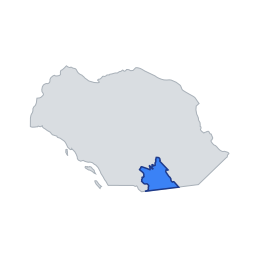 Arusha highlighted on a map of United Republic of Tanzania, rotated 136°
{"feature_id": "TZA-3391", "entity_name": "Arusha", "entity_type": "Region", "adm_level": 1, "iso_a3": "TZA", "parent_name": "United Republic of Tanzania", "parent_adm1": "", "projection": "equal_earth", "projection_center": [35.974, -2.918], "detail": "fine", "context": "in_parent", "style": "filled", "palette": "blue", "viewbox_px": 256, "rotation_deg": 136, "n_neighbors": 0, "source": "natural_earth", "source_scale": "10m", "svg_char_len": 5159}
<svg xmlns="http://www.w3.org/2000/svg" viewBox="0 0 256 256"><g transform="rotate(136 128 128)"><path d="M103.8,179.3L101.7,177.9L99.9,177.0L98.4,176.0L97.7,175.1L96.3,174.7L95.1,174.6L94.0,173.7L91.6,173.4L91.4,172.8L91.3,171.5L90.9,171.2L90.1,170.9L89.2,170.9L88.6,171.1L88.3,171.0L87.5,170.2L86.8,169.2L86.5,167.7L85.5,166.7L84.3,165.9L80.9,166.0L80.3,165.8L79.5,165.0L78.6,163.7L77.8,162.2L77.1,160.2L76.4,157.5L72.4,146.8L72.0,144.7L71.3,142.5L70.0,139.7L68.7,137.6L66.9,135.7L64.8,133.9L63.7,132.6L61.6,127.5L61.2,125.2L60.8,122.7L60.9,121.7L62.2,118.5L62.4,117.6L62.2,116.4L61.6,113.9L60.7,110.8L59.0,105.2L58.8,103.8L58.8,102.8L59.8,97.1L59.8,96.3L63.7,96.4L66.5,93.9L69.0,90.2L69.5,88.6L70.5,86.2L71.5,85.0L71.9,84.2L72.5,81.8L73.8,80.2L75.0,79.0L74.8,78.1L75.0,77.8L75.7,77.1L77.0,76.6L77.3,75.3L77.3,73.9L77.0,73.1L77.1,72.2L76.9,71.7L76.0,71.6L74.7,70.9L73.6,70.6L72.8,70.1L72.5,69.8L72.4,69.0L73.0,66.8L72.4,65.9L73.8,62.3L74.0,61.9L74.5,61.8L75.3,61.4L76.0,61.2L76.6,61.4L77.1,61.2L77.5,60.8L77.8,59.6L78.0,57.5L77.9,55.9L77.3,54.6L77.2,52.6L77.4,50.0L77.2,47.8L76.6,46.0L76.0,45.0L75.0,44.5L73.4,41.8L73.0,40.5L73.0,39.7L73.6,39.4L74.6,39.5L75.5,39.2L76.4,38.5L77.2,38.2L77.6,38.4L116.7,38.4L162.5,72.7L162.6,73.1L163.0,76.1L162.9,77.1L162.2,78.8L162.0,79.7L162.0,80.3L162.2,80.5L162.8,80.6L163.3,81.0L163.5,81.3L163.9,82.6L164.4,83.3L181.7,100.1L182.1,100.4L181.8,101.8L180.9,105.2L180.8,106.6L180.4,108.3L180.0,109.4L179.0,114.2L178.2,116.0L177.0,120.2L176.9,123.5L177.5,125.7L177.7,127.8L179.0,129.9L180.1,130.7L180.8,131.6L182.1,133.8L182.8,135.9L185.1,137.0L186.0,139.4L185.7,141.1L184.6,142.5L183.6,144.8L182.8,147.7L182.8,152.2L183.3,151.5L184.5,152.6L184.7,156.0L183.4,159.8L183.0,161.6L183.0,163.2L183.9,167.8L185.2,170.2L185.1,170.9L184.8,171.5L187.1,175.7L186.9,179.3L187.8,182.1L188.2,184.6L188.7,186.5L188.8,187.8L188.1,189.2L189.8,189.5L190.8,190.7L191.3,191.8L192.5,191.8L193.2,192.6L194.2,193.2L196.3,195.1L196.9,196.0L197.2,196.9L191.3,202.9L189.2,204.4L187.7,205.1L186.0,205.5L184.5,206.4L183.0,207.9L181.2,208.6L178.9,208.6L176.5,209.7L172.8,212.7L170.6,211.0L168.9,210.5L166.9,210.5L165.7,210.7L165.3,211.1L164.9,212.1L164.6,213.9L163.3,215.5L161.0,217.1L158.9,217.7L157.0,217.3L155.7,216.6L155.0,215.7L154.0,215.3L152.7,215.3L151.5,216.0L150.3,217.2L148.4,217.8L145.7,217.6L144.3,217.0L144.1,216.0L143.0,214.8L140.9,213.4L139.3,213.4L138.3,214.7L137.4,215.5L136.6,215.9L135.8,215.9L134.8,215.5L131.9,215.4L129.1,215.5L128.8,213.6L128.2,212.4L127.7,211.7L126.8,211.5L126.5,211.0L126.2,209.8L125.7,208.8L125.1,208.0L124.7,207.2L124.6,206.5L124.7,205.7L125.3,203.7L125.5,202.4L125.4,201.0L125.1,199.6L124.4,197.9L124.5,197.4L124.3,196.3L124.2,195.5L124.4,194.5L124.2,193.2L123.7,190.4L123.7,189.7L123.1,188.3L121.2,185.1L121.1,184.7L118.3,181.5L117.1,180.8L116.7,181.4L116.5,181.9L116.7,183.0L116.6,183.5L115.8,183.7L115.4,183.6L114.3,182.7L113.4,182.5L111.3,182.6L110.6,182.8L110.0,182.6L108.9,181.2L107.6,180.8L106.4,180.8L104.4,179.1L103.8,179.3ZM185.5,125.2L186.4,128.8L186.3,129.4L185.6,129.9L185.3,129.9L184.8,129.3L184.6,128.1L184.0,128.4L183.2,127.0L182.3,126.9L181.6,125.2L181.9,123.7L181.7,121.1L182.6,119.8L183.1,117.6L183.7,119.1L183.9,121.5L184.7,124.2L185.5,125.2ZM190.1,103.9L190.2,104.8L190.0,105.6L190.0,108.1L189.9,109.8L189.2,112.1L188.6,113.0L188.1,112.7L187.7,112.3L187.4,111.7L188.0,107.4L187.7,104.3L189.0,104.6L190.1,103.9ZM188.1,155.4L187.4,155.6L187.1,155.4L186.7,154.7L187.4,154.1L188.1,153.0L189.7,151.3L190.5,149.9L190.4,151.2L189.5,154.1L188.7,154.3L188.1,155.4Z" fill="#d9dde1" stroke="#a8b0b8" stroke-width="1"/><path d="M132.6,50.2L134.7,51.8L137.3,53.8L140.0,55.8L142.7,57.8L145.4,59.9L148.1,61.9L150.7,63.9L153.4,65.9L156.1,67.9L158.8,69.9L159.7,70.6L159.2,70.5L158.1,69.9L157.7,69.6L157.3,69.5L157.0,69.6L156.8,69.5L156.2,69.5L155.6,70.1L154.9,70.9L154.5,71.3L154.1,71.6L153.3,71.9L153.0,73.0L153.0,73.8L153.1,74.6L153.4,75.0L153.8,75.2L154.7,76.0L155.2,77.1L155.2,80.2L154.8,80.4L154.4,80.8L154.1,81.2L153.9,81.5L152.9,81.6L152.6,82.0L152.3,82.6L151.9,82.7L151.7,82.2L151.4,82.0L151.2,81.9L150.3,81.9L150.2,82.1L150.1,82.5L149.9,82.6L149.6,82.9L149.4,83.0L149.2,83.1L148.4,84.4L148.2,85.1L148.3,87.0L148.6,89.2L148.6,90.1L148.4,90.2L148.2,90.1L147.8,90.1L147.5,90.3L146.9,90.3L146.3,90.5L146.2,90.8L145.6,90.9L145.0,90.6L142.2,85.1L141.6,83.6L141.2,82.8L140.5,83.1L139.9,84.2L139.4,84.7L139.1,85.3L139.1,85.8L138.8,85.9L138.5,84.7L138.6,83.5L138.9,82.3L138.8,81.5L138.4,81.4L138.4,82.6L138.2,83.2L136.7,83.7L136.7,84.4L136.5,84.8L135.9,84.7L135.6,84.2L135.8,83.6L136.1,83.1L135.7,82.9L135.2,82.8L134.7,82.4L134.2,82.4L133.4,83.5L132.9,83.8L132.5,84.2L132.1,84.3L131.7,84.3L130.5,85.3L130.4,85.5L130.4,85.8L130.2,86.0L129.5,86.3L129.1,86.6L128.6,86.9L128.1,87.2L127.3,86.4L126.5,85.4L126.4,84.8L126.4,84.1L126.7,83.4L127.2,82.9L127.3,82.7L127.3,82.4L127.5,82.3L127.8,82.4L128.2,82.0L128.3,70.0L128.7,70.1L129.2,70.6L129.5,71.2L129.9,71.4L130.1,71.2L130.3,71.0L131.0,70.6L131.4,69.7L132.2,64.9L132.1,63.3L132.6,61.4L132.9,61.2L133.2,61.0L133.6,60.1L133.7,59.1L133.6,58.3L132.9,58.0L132.4,57.6L132.3,56.8L132.6,50.2L132.6,50.2Z" fill="#3b82f6" stroke="#1e3a8a" stroke-width="1.5"/></g></svg>